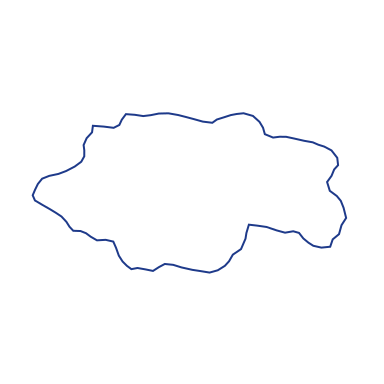 Piedade de Caratinga, Minas Gerais, Brazil, rotated 280°
{"feature_id": "56859067B22598928706692", "entity_name": "Piedade de Caratinga", "entity_type": "district", "adm_level": 2, "iso_a3": "BRA", "parent_name": "Brazil", "parent_adm1": "Minas Gerais", "projection": "natural_earth1", "projection_center": [-42.045, -19.762], "detail": "fine", "context": "isolated", "style": "outline", "palette": "blue", "viewbox_px": 384, "rotation_deg": 280, "n_neighbors": 0, "source": "geoboundaries", "source_scale": "gbopen_adm2", "svg_char_len": 1460}
<svg xmlns="http://www.w3.org/2000/svg" viewBox="0 0 384 384"><g transform="rotate(280 192 192)"><path d="M258.3,130.8L258.1,122.3L257.2,113.4L251.0,110.3L245.4,108.8L241.6,103.7L241.1,93.8L240.0,82.9L233.4,83.2L226.7,78.9L219.4,77.1L214.3,78.7L208.4,79.7L202.6,77.7L196.7,72.1L190.8,64.4L186.6,57.3L183.1,48.6L179.1,42.1L173.1,38.8L166.8,37.0L161.1,35.7L156.4,38.8L153.3,47.0L150.4,55.1L147.9,61.5L145.2,67.7L140.8,73.5L136.5,77.4L133.2,81.8L134.2,89.0L133.0,94.8L130.4,100.0L127.9,106.8L129.9,115.3L129.5,123.1L123.8,126.9L116.6,131.0L111.5,135.7L108.0,140.7L105.5,145.7L107.7,151.5L107.7,159.7L107.5,167.3L112.3,172.5L116.4,177.7L117.0,186.1L115.9,194.8L115.4,205.9L115.6,214.3L115.7,223.3L119.4,231.0L125.0,237.2L130.2,240.5L137.4,243.1L144.3,250.2L155.3,252.8L161.1,252.7L169.7,253.7L170.2,261.8L170.5,271.5L168.9,282.0L168.1,290.7L170.9,298.5L170.3,304.5L165.6,309.7L162.3,315.5L160.1,320.8L159.7,329.1L162.1,337.6L169.8,338.8L176.0,344.1L185.3,345.0L193.2,348.3L202.8,344.0L209.1,340.1L213.2,335.3L217.1,327.5L225.3,323.3L232.1,326.6L238.9,328.1L243.8,331.2L250.9,329.1L257.2,322.1L259.7,314.3L260.5,308.2L261.9,302.3L261.9,293.6L262.4,283.2L262.7,275.0L261.6,268.6L259.7,262.4L261.6,253.7L267.6,250.8L272.8,246.3L277.5,238.8L278.5,229.1L276.6,222.5L274.5,216.9L270.9,210.1L267.7,203.9L263.7,200.0L263.2,190.4L264.1,181.2L264.8,173.1L265.4,165.1L265.4,155.1L263.5,145.7L260.5,138.0L258.3,130.8Z" fill="none" stroke="#1e3a8a" stroke-width="2"/></g></svg>